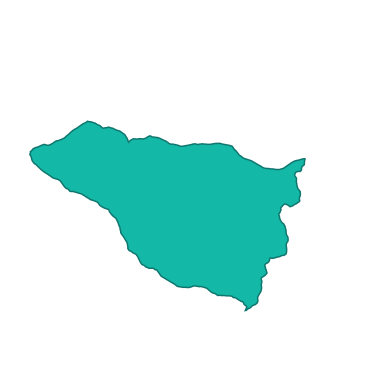 outline of Santa Ana, San José, Costa Rica, rotated 144°
{"feature_id": "36466004B14800778897380", "entity_name": "Santa Ana", "entity_type": "district", "adm_level": 2, "iso_a3": "CRI", "parent_name": "Costa Rica", "parent_adm1": "San José", "projection": "mercator", "projection_center": [-84.193, 9.918], "detail": "fine", "context": "isolated", "style": "filled", "palette": "teal", "viewbox_px": 384, "rotation_deg": 144, "n_neighbors": 0, "source": "geoboundaries", "source_scale": "gbopen_adm2", "svg_char_len": 5980}
<svg xmlns="http://www.w3.org/2000/svg" viewBox="0 0 384 384"><g transform="rotate(144 192 192)"><path d="M218.6,64.8L217.8,64.4L215.1,64.5L212.6,64.0L209.9,64.6L206.8,63.7L204.6,63.9L202.8,65.0L201.6,67.1L200.4,68.6L194.5,71.2L192.4,73.1L191.3,74.7L190.9,75.8L188.9,77.8L187.9,78.6L187.6,80.0L187.1,81.0L186.7,81.5L185.9,81.8L182.1,81.6L181.2,81.7L178.9,82.4L178.6,83.4L177.8,85.4L177.5,86.8L176.6,88.6L176.4,89.9L176.3,90.1L175.4,90.4L174.2,90.6L172.9,90.3L171.7,90.3L170.7,90.5L169.2,91.4L168.9,91.9L167.6,92.7L167.0,92.2L166.0,91.1L164.0,90.1L163.3,90.0L162.4,89.6L161.1,89.2L160.3,88.7L158.6,88.1L156.6,87.8L154.8,86.7L153.9,86.6L152.4,86.6L152.2,86.7L150.4,88.3L149.5,89.5L148.3,91.2L147.9,92.3L146.5,94.3L145.0,95.3L143.9,95.6L143.2,95.9L142.0,97.3L141.2,98.7L140.9,99.4L140.8,101.5L140.5,102.4L139.5,104.3L138.6,105.5L136.8,110.0L136.8,111.1L136.6,111.8L136.6,112.5L137.2,114.4L137.1,117.5L136.7,118.2L136.5,119.4L135.8,120.5L135.5,121.2L135.2,122.3L134.7,123.1L134.2,123.4L133.8,123.4L133.0,123.7L130.4,125.3L129.8,126.7L129.5,127.1L128.6,127.3L127.6,127.3L127.2,127.5L126.1,127.8L124.7,127.9L123.9,127.7L123.4,127.2L121.9,124.7L121.7,123.9L121.5,122.8L121.0,122.3L118.9,121.7L116.0,121.6L114.2,121.2L111.0,121.2L110.1,121.4L109.6,122.6L108.8,123.9L108.3,124.4L107.4,124.8L106.2,125.9L105.2,127.0L104.2,128.9L104.2,130.1L104.3,130.8L104.4,132.5L104.0,133.6L103.0,136.2L102.2,137.5L101.6,138.9L101.0,139.8L100.2,140.5L99.4,141.8L99.3,143.3L99.4,144.4L98.6,145.9L96.5,146.9L95.4,146.9L94.6,146.4L93.7,146.1L92.9,145.5L92.6,145.1L91.0,145.2L90.3,145.7L89.9,146.2L89.6,146.9L88.6,147.5L87.4,147.9L85.6,148.0L85.1,148.1L82.8,150.9L81.4,152.0L81.1,152.3L81.5,152.8L82.6,153.4L82.8,153.7L85.0,154.3L85.6,154.7L86.8,155.0L88.8,155.9L88.8,156.0L90.8,156.7L91.9,156.9L94.1,157.2L104.1,157.4L107.2,158.5L108.4,159.0L110.9,160.9L113.0,163.1L114.6,164.3L116.1,165.9L116.9,166.4L119.3,168.6L120.5,170.5L121.3,172.8L121.9,173.9L125.7,182.5L130.5,189.1L131.3,192.2L132.0,193.8L132.1,194.5L132.2,199.0L132.3,199.2L132.3,199.7L132.5,200.0L132.5,200.8L132.7,201.0L132.6,205.4L134.2,207.6L139.9,213.6L139.9,213.8L140.5,214.6L141.7,215.7L143.0,216.3L143.6,217.0L143.9,217.0L145.0,217.8L148.2,219.3L148.5,219.6L149.0,219.7L151.6,221.5L152.2,222.2L153.6,223.3L155.5,225.0L158.4,226.6L159.5,227.0L160.9,228.9L161.9,229.6L163.1,230.2L163.3,230.2L163.4,230.4L165.0,230.9L168.7,232.6L169.1,232.9L170.4,233.4L171.2,233.9L172.2,234.3L172.6,234.6L173.2,234.8L173.5,235.1L174.0,235.4L174.9,236.4L175.7,237.8L176.7,239.0L177.2,239.5L177.5,240.0L178.5,240.9L179.1,241.8L180.8,243.0L181.5,243.7L182.1,244.9L182.4,245.9L182.4,246.4L182.9,247.3L183.2,248.6L183.9,249.5L186.5,254.3L188.0,256.5L188.9,257.1L189.9,258.3L191.6,259.6L192.9,262.1L195.1,262.7L197.5,262.6L200.2,263.6L200.9,264.0L202.0,265.0L202.2,265.3L203.2,266.0L205.5,267.2L207.4,268.9L208.7,269.7L210.8,269.9L213.7,269.9L213.9,269.7L213.9,270.9L213.2,272.2L213.2,273.1L212.9,273.9L212.9,275.8L212.8,276.2L212.7,277.5L212.8,278.3L214.5,283.5L215.1,284.4L216.7,286.4L217.1,287.4L217.7,288.0L218.1,289.2L218.6,290.1L219.8,291.4L221.1,293.3L221.5,293.6L223.5,294.3L225.1,295.3L226.4,295.8L226.9,297.0L227.6,300.2L228.8,301.8L229.9,304.7L231.2,306.3L232.5,308.2L234.1,309.5L234.5,310.0L234.8,310.6L237.5,310.7L240.6,311.3L244.2,311.3L244.6,311.4L247.0,311.3L251.3,311.8L255.4,311.6L257.5,311.2L260.3,311.1L263.6,310.7L268.0,311.6L269.5,312.0L271.5,313.0L272.3,313.2L276.8,313.3L280.4,314.0L282.0,315.2L282.9,316.7L284.0,317.6L286.6,318.3L290.3,319.0L291.4,319.5L293.8,320.2L295.4,320.3L296.1,320.0L296.5,320.0L297.0,319.8L299.1,319.6L299.5,318.8L301.2,317.6L301.2,316.2L301.3,316.1L301.4,315.1L302.8,311.6L302.9,310.8L302.9,308.3L302.8,308.2L302.8,307.5L301.8,305.2L301.8,303.3L301.6,303.0L300.9,298.9L300.0,295.5L298.5,291.8L297.8,289.7L297.3,288.6L297.3,288.2L297.0,287.7L296.5,285.8L295.3,283.8L293.3,281.3L292.7,280.3L292.2,279.0L292.0,278.0L292.1,271.6L291.8,269.3L291.5,268.7L291.1,268.0L290.5,267.4L290.4,264.7L290.2,264.2L289.4,263.4L287.8,262.2L282.1,254.8L282.1,254.2L281.8,253.6L281.8,253.3L281.4,252.9L280.8,250.8L280.4,250.5L280.3,249.9L280.1,249.7L280.1,249.1L279.8,248.9L279.6,248.0L279.3,247.5L279.1,246.6L278.9,246.4L278.7,245.8L278.5,245.7L278.5,245.3L278.1,245.0L277.7,244.2L276.5,242.8L275.9,241.7L275.4,241.1L275.2,240.5L274.5,239.5L274.4,238.9L274.4,235.3L273.7,233.2L273.4,232.7L273.3,232.4L272.9,231.9L272.9,231.6L272.4,230.8L272.4,230.5L271.9,230.1L271.3,228.9L271.1,228.8L270.6,228.0L270.1,227.6L269.8,226.7L269.8,226.1L270.3,225.0L270.4,222.5L270.3,221.8L270.3,220.5L270.1,220.4L270.0,218.6L269.8,218.4L269.8,218.1L269.6,217.9L269.6,217.6L269.5,217.3L269.4,216.7L269.1,216.2L269.1,214.2L269.3,213.7L269.3,213.0L269.5,212.9L269.5,211.9L269.9,210.4L270.4,209.0L270.6,208.1L270.8,207.8L270.8,206.9L271.1,206.4L271.2,205.8L271.7,204.6L272.4,203.5L272.8,202.0L273.5,201.1L273.7,200.2L273.7,196.2L274.2,189.9L274.3,189.4L274.9,187.7L275.5,186.8L276.0,185.4L276.9,184.3L276.9,184.1L277.1,184.0L277.1,183.2L277.3,182.8L277.2,181.5L276.8,180.7L276.2,180.0L276.2,179.8L276.0,179.5L275.8,178.4L275.3,177.0L274.6,175.7L273.9,174.6L273.9,171.7L274.4,169.2L274.5,168.7L274.7,167.5L274.9,166.1L275.1,165.5L275.1,163.0L274.7,162.0L274.0,161.1L273.7,160.2L273.4,158.4L273.1,157.9L272.5,157.3L272.1,156.3L271.1,155.1L270.4,154.8L270.0,154.4L268.4,153.3L268.1,152.9L267.8,152.0L267.6,151.0L267.1,150.3L266.4,150.0L266.3,149.8L266.4,141.9L260.0,126.9L259.6,125.0L259.1,124.1L257.9,122.6L257.4,122.4L256.7,121.7L256.1,120.9L255.3,120.2L252.8,118.3L251.2,116.9L250.2,116.3L249.1,116.0L248.9,115.8L246.2,115.1L245.8,114.9L245.1,114.5L243.4,112.9L242.0,111.3L240.0,110.0L236.6,105.5L235.4,100.0L234.3,97.7L233.0,96.3L232.0,93.1L231.5,93.0L230.8,92.5L228.4,90.4L227.8,90.1L225.9,88.5L224.9,87.5L222.7,85.9L221.2,84.5L220.9,84.1L220.6,82.3L220.4,82.0L219.4,81.4L219.0,80.9L217.7,77.4L216.4,74.4L215.5,73.7L215.5,72.1L215.8,71.1L215.8,70.0L215.2,68.3L215.2,67.0L216.1,66.2L218.6,64.8Z" fill="#14b8a6" stroke="#0f766e" stroke-width="1.5"/></g></svg>